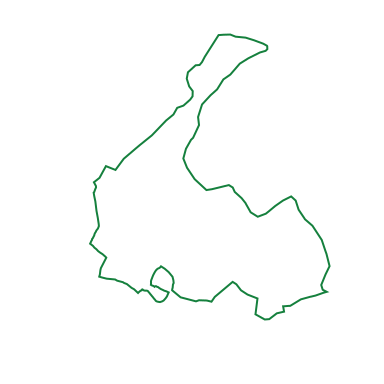 Ogo Oluwa, Oyo, Nigeria, rotated 254°
{"feature_id": "59680162B3334363185534", "entity_name": "Ogo Oluwa", "entity_type": "district", "adm_level": 2, "iso_a3": "NGA", "parent_name": "Nigeria", "parent_adm1": "Oyo", "projection": "orthographic", "projection_center": [4.194, 7.972], "detail": "fine", "context": "isolated", "style": "outline", "palette": "green", "viewbox_px": 384, "rotation_deg": 254, "n_neighbors": 0, "source": "geoboundaries", "source_scale": "gbopen_adm2", "svg_char_len": 3666}
<svg xmlns="http://www.w3.org/2000/svg" viewBox="0 0 384 384"><g transform="rotate(254 192 192)"><path d="M240.6,116.4L231.1,107.0L228.4,100.4L224.2,101.3L222.8,101.0L221.7,100.0L220.2,98.9L218.9,98.0L218.5,97.3L215.1,96.9L209.6,96.5L205.2,95.8L202.7,95.4L200.2,95.0L193.0,94.3L186.9,93.5L184.9,93.1L182.8,91.5L181.3,89.4L180.5,88.8L180.1,88.4L179.5,87.7L178.9,87.1L178.5,86.8L178.2,86.6L177.9,86.4L177.7,86.3L177.4,86.1L177.1,86.0L176.7,85.6L176.4,85.2L176.1,85.0L175.8,84.7L175.5,84.4L175.1,84.1L174.8,83.7L174.7,83.5L174.6,83.3L174.3,83.0L174.1,82.9L173.9,82.8L173.7,82.8L173.4,82.6L173.1,82.2L172.7,81.8L172.5,81.6L172.4,81.5L172.3,81.4L172.0,81.2L171.5,80.8L171.0,80.4L170.8,80.1L170.4,79.8L167.6,81.9L165.3,82.9L163.4,84.3L161.0,85.5L158.9,87.1L157.0,88.8L153.4,91.1L152.5,91.5L143.9,83.4L142.1,82.4L138.1,80.7L136.2,79.5L134.7,81.8L132.2,86.1L129.1,94.0L127.4,95.6L124.3,100.8L123.3,101.6L121.5,104.0L116.5,107.5L115.0,109.0L114.5,109.5L109.8,112.3L110.3,113.1L110.5,113.6L111.0,114.6L111.3,115.7L111.5,116.1L111.6,116.4L111.5,116.5L111.8,116.8L112.0,117.0L112.1,117.3L112.0,117.6L111.6,117.8L111.2,118.1L110.9,118.4L110.6,118.7L110.4,119.1L110.2,119.5L110.1,119.8L110.0,120.0L109.9,120.6L109.7,121.1L109.5,121.6L109.3,121.9L109.0,122.2L108.7,122.4L108.4,122.5L108.1,122.6L107.6,122.8L107.3,123.0L107.1,123.1L106.8,123.2L106.4,123.4L106.1,123.5L105.8,123.6L105.5,123.7L105.2,123.9L104.8,124.0L104.3,124.3L103.5,124.6L103.0,124.8L102.2,125.2L101.5,125.5L100.7,125.8L99.7,126.2L98.8,126.7L97.6,127.1L97.1,127.4L96.7,127.8L96.3,128.3L95.8,129.2L95.0,130.9L95.1,133.2L95.5,134.8L97.0,137.2L98.5,139.1L100.6,140.8L101.9,141.9L103.7,139.8L104.8,138.1L105.7,137.2L107.3,135.3L107.7,135.0L108.1,134.6L108.5,134.2L109.1,133.8L109.5,133.5L110.0,133.1L110.3,132.5L110.6,132.2L110.8,132.0L111.2,131.7L111.5,131.0L111.4,130.4L111.2,129.8L111.6,129.6L112.1,129.3L112.3,129.0L112.7,128.5L112.8,128.3L112.9,128.1L113.1,127.9L113.3,127.7L113.5,127.4L113.8,127.2L114.1,126.9L114.3,127.0L114.7,127.2L115.5,127.4L116.4,127.7L117.3,127.9L117.6,128.0L118.1,128.3L118.9,128.8L119.9,129.6L121.4,130.7L122.9,131.9L125.0,133.9L126.6,135.7L127.7,137.7L127.9,139.3L128.2,140.4L129.1,141.7L125.8,144.6L121.4,147.5L115.9,149.9L113.2,149.8L112.5,149.8L109.6,149.3L108.3,148.2L105.3,147.0L104.0,146.2L103.0,145.8L93.9,152.0L85.8,165.7L86.0,168.9L83.6,176.3L81.2,180.5L84.9,185.0L94.4,206.3L91.1,209.2L84.0,212.0L78.1,217.1L71.6,225.6L56.9,219.3L49.4,226.8L48.5,231.2L52.0,240.1L51.7,245.7L51.6,247.5L57.0,248.1L56.6,249.9L55.8,253.9L55.7,254.0L55.5,255.1L58.8,267.1L58.7,275.9L58.7,276.8L58.6,277.6L58.4,282.2L58.5,283.9L58.9,290.6L58.9,294.0L59.0,293.9L62.0,290.7L67.0,290.6L75.9,297.6L82.8,303.8L95.5,304.2L98.5,304.0L110.2,303.5L110.8,303.3L126.0,298.6L126.5,298.4L134.6,293.1L136.3,292.6L145.6,289.6L155.2,289.3L160.4,286.1L158.7,277.1L155.6,268.1L152.2,260.4L150.8,257.0L150.1,248.4L156.3,242.8L160.5,241.8L165.5,240.6L166.6,240.4L172.4,238.0L180.3,233.1L185.1,232.4L188.5,229.3L188.9,218.9L189.2,211.9L189.9,206.4L203.6,198.1L216.7,193.9L220.7,193.5L226.6,192.9L235.2,198.1L242.4,205.4L243.8,208.0L252.9,215.9L254.4,217.2L262.4,218.5L273.4,225.8L279.9,236.5L283.7,244.4L291.6,253.2L294.3,261.2L302.2,273.3L305.0,283.0L307.4,295.8L307.4,301.7L308.6,303.8L311.4,304.5L312.0,304.3L314.9,301.4L316.4,299.4L317.7,297.6L320.8,293.4L325.6,286.1L329.3,276.7L332.8,272.2L334.5,265.6L335.5,260.8L318.5,241.6L314.1,237.4L312.0,234.3L312.8,230.4L308.2,221.1L302.4,218.2L294.3,218.4L288.8,220.5L283.8,218.9L281.3,215.7L277.4,207.6L277.0,201.0L271.6,195.5L267.9,186.9L257.5,169.0L251.6,155.0L249.5,150.3L242.8,135.6L234.3,124.5L240.6,116.4Z" fill="none" stroke="#15803d" stroke-width="2"/></g></svg>